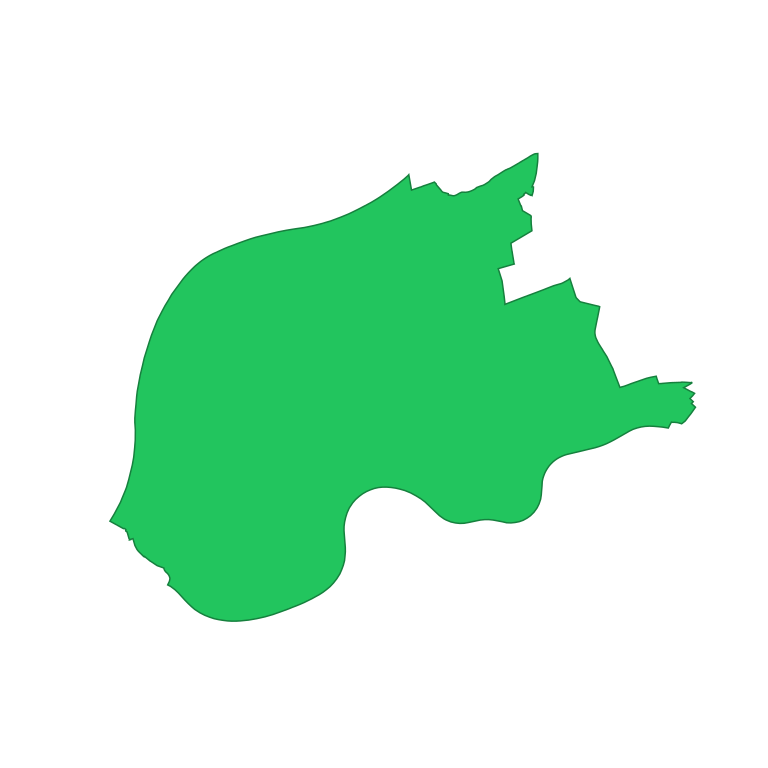 West Maas en Waal, Gelderland, Netherlands (Albers equal-area conic projection), rotated 346°
{"feature_id": "6326949B55972615712171", "entity_name": "West Maas en Waal", "entity_type": "district", "adm_level": 2, "iso_a3": "NLD", "parent_name": "Netherlands", "parent_adm1": "Gelderland", "projection": "albers", "projection_center": [5.532, 51.852], "detail": "fine", "context": "isolated", "style": "filled", "palette": "green", "viewbox_px": 768, "rotation_deg": 346, "n_neighbors": 0, "source": "geoboundaries", "source_scale": "gbopen_adm2", "svg_char_len": 6057}
<svg xmlns="http://www.w3.org/2000/svg" viewBox="0 0 768 768"><g transform="rotate(346 384 384)"><path d="M458.7,186.9L457.7,187.6L452.9,190.1L445.3,193.6L438.7,196.4L434.9,198.0L426.9,201.0L424.7,201.8L421.4,202.9L416.2,204.5L414.4,205.0L408.8,206.4L400.9,208.3L394.9,209.6L391.0,210.4L386.3,211.1L382.9,211.6L373.4,212.7L371.7,212.9L361.2,213.3L354.5,213.3L348.7,213.1L344.4,212.9L336.7,212.1L331.1,211.6L326.1,211.2L318.1,210.8L308.1,210.7L301.0,210.6L295.0,210.6L289.6,210.9L283.0,211.5L276.3,212.2L269.9,213.0L266.0,213.4L262.5,213.9L252.3,215.8L249.5,216.3L246.7,217.0L244.9,217.5L241.7,218.5L238.9,219.5L236.1,220.6L233.3,221.9L229.8,223.6L228.0,224.6L225.1,226.3L221.4,228.6L217.4,231.3L214.4,233.5L199.7,245.7L195.3,250.3L190.6,254.9L186.7,259.2L180.8,265.9L179.2,267.8L170.2,280.4L166.4,286.4L157.7,300.7L154.3,307.4L149.8,316.0L142.9,331.2L141.0,336.2L138.4,343.9L136.4,349.5L134.0,356.8L132.9,361.2L132.8,361.9L131.6,368.5L129.0,378.5L126.7,385.4L123.8,393.5L123.2,395.0L120.2,401.7L113.2,415.0L109.8,420.9L109.3,421.8L107.2,424.8L102.0,431.8L100.0,434.6L99.0,435.8L90.8,444.9L86.2,449.5L84.9,450.8L96.1,461.2L96.2,461.3L97.4,461.5L98.4,462.9L97.8,463.9L98.0,464.4L98.3,464.7L98.8,465.3L99.0,465.6L98.9,465.9L99.0,467.0L99.2,472.7L99.8,473.6L99.7,473.7L100.6,473.7L100.7,473.4L102.2,473.4L103.0,473.3L103.2,478.8L103.2,480.0L103.5,481.6L103.9,483.0L104.1,484.1L104.6,485.5L105.3,487.0L106.8,489.5L109.0,493.1L109.5,493.7L109.9,493.4L114.4,499.4L114.5,499.4L120.1,505.5L120.5,505.7L125.9,509.3L125.8,509.7L125.9,510.8L126.0,511.6L126.6,513.2L126.9,513.7L128.1,515.5L128.5,516.4L128.9,517.4L129.1,518.0L129.3,520.3L129.2,521.1L128.5,522.6L128.0,523.6L125.5,526.6L128.0,528.8L131.4,533.0L134.0,537.1L138.5,545.5L140.9,549.6L143.6,553.8L145.8,556.9L150.0,561.4L154.1,565.0L158.3,568.0L162.4,570.6L166.5,572.6L170.7,574.4L174.8,576.0L179.0,577.3L183.1,578.3L187.3,579.1L195.6,580.3L199.7,580.6L203.9,580.9L212.1,581.1L220.5,580.8L228.8,580.0L237.1,579.1L241.2,578.5L245.4,578.0L249.5,577.4L253.7,576.7L257.8,575.8L262.0,574.9L266.1,573.8L270.3,572.7L274.4,571.3L278.6,569.5L282.7,567.5L286.9,564.8L291.0,561.6L295.2,557.6L297.9,554.1L300.7,550.0L303.0,545.8L304.5,541.6L305.9,537.5L306.9,533.3L309.7,516.7L310.8,512.5L312.4,508.4L314.5,504.2L317.0,500.1L320.3,495.9L324.8,491.8L328.5,489.2L332.7,487.0L336.8,485.3L341.0,484.1L345.1,483.4L349.3,483.0L353.4,483.1L357.6,483.7L361.7,484.7L365.8,486.1L370.0,487.8L374.1,489.9L378.3,492.3L383.4,496.0L388.0,500.2L392.1,504.4L395.4,508.5L403.3,521.0L406.0,525.2L409.6,529.4L411.4,531.0L415.5,534.0L419.7,536.1L423.8,537.6L428.0,538.5L432.1,538.8L444.6,539.3L448.7,539.9L452.9,540.9L457.0,542.4L465.3,546.2L469.4,548.3L473.6,549.5L477.7,550.1L481.9,550.3L486.0,549.9L490.2,548.8L494.3,547.2L498.5,544.7L502.6,541.2L505.4,537.9L508.1,533.7L509.8,529.6L511.2,525.4L512.6,521.3L513.9,517.1L514.7,515.3L515.6,513.6L516.6,512.0L517.7,510.4L518.5,509.3L519.5,508.1L521.0,506.5L522.8,504.8L524.7,503.2L526.8,501.8L529.0,500.5L531.3,499.4L533.6,498.5L535.9,497.8L538.8,497.2L541.3,496.8L544.2,496.6L560.8,496.8L565.0,496.8L573.3,496.9L577.4,496.7L581.6,496.3L585.7,495.7L589.9,494.8L594.0,493.8L610.6,489.1L614.8,488.2L618.9,487.9L623.1,487.9L627.2,488.3L631.4,489.1L635.5,490.3L639.6,491.7L643.8,493.2L649.2,495.5L651.2,493.1L653.7,490.5L654.7,491.0L656.8,491.5L658.1,492.0L659.3,492.4L660.4,493.0L661.7,493.7L663.2,494.6L667.1,492.9L667.4,492.7L668.7,491.7L671.4,489.5L674.2,487.4L676.1,485.8L677.7,484.4L680.6,481.9L677.6,477.3L679.8,476.0L677.3,472.1L680.6,470.1L683.1,468.2L680.7,466.0L679.9,465.5L679.1,464.8L673.9,460.1L681.6,458.0L683.0,457.4L682.9,457.0L682.7,457.1L677.1,455.3L673.3,454.2L673.1,454.2L673.0,454.3L672.8,454.3L663.0,452.2L653.8,450.7L653.4,450.7L650.6,450.1L650.1,444.7L650.0,442.3L644.3,442.0L640.0,442.0L624.1,443.4L620.3,443.9L616.4,444.3L613.9,444.3L612.1,444.4L610.7,433.1L609.9,426.2L609.8,424.6L609.0,421.3L607.4,413.9L606.9,411.5L604.6,404.7L604.2,403.1L603.8,402.1L602.4,397.8L602.2,397.2L601.6,395.0L600.9,391.3L600.7,390.0L600.7,388.6L600.8,387.0L600.9,386.0L601.0,385.4L601.5,383.6L601.9,382.5L606.2,373.4L607.6,370.6L609.9,365.7L611.4,362.5L612.0,361.2L611.1,360.5L607.5,358.7L594.6,351.9L594.4,351.8L594.0,351.4L591.5,347.1L591.2,346.1L589.9,327.1L589.9,326.5L588.2,327.4L587.7,327.6L583.6,328.7L581.6,329.2L580.1,329.4L574.2,329.6L572.3,329.7L565.2,330.6L562.4,331.0L554.1,332.0L539.0,333.7L520.6,336.0L520.9,334.7L521.8,328.0L522.8,318.9L523.5,312.5L523.0,304.3L522.7,299.7L539.4,299.1L539.3,298.2L539.5,296.6L540.1,289.2L540.2,287.9L540.3,287.3L540.4,285.1L541.2,278.1L564.6,271.1L565.3,266.3L565.6,264.2L566.3,261.0L566.6,259.5L567.3,257.4L567.3,257.1L567.3,256.7L567.3,256.4L567.1,256.1L567.0,255.9L560.3,249.3L560.3,244.6L560.2,244.3L559.9,244.2L559.3,240.0L559.0,237.8L558.9,236.9L562.6,235.8L564.5,235.1L565.4,234.6L565.6,234.5L565.4,233.9L565.7,233.6L565.9,233.5L566.0,233.6L566.6,233.3L567.0,233.1L567.8,232.4L569.7,234.4L570.3,235.0L572.0,236.4L572.4,236.1L573.2,237.0L573.8,236.0L575.4,233.2L575.6,232.6L576.7,229.0L576.6,228.9L575.5,228.4L575.4,228.4L579.1,223.3L579.4,222.8L582.7,216.4L583.0,215.6L585.1,210.2L586.8,205.7L587.3,204.1L587.8,202.4L588.5,199.6L589.0,197.6L586.6,197.2L585.8,197.2L585.0,197.3L582.5,197.9L581.0,198.3L578.2,199.3L572.6,200.9L566.1,202.9L559.1,204.9L558.2,205.1L555.7,205.4L555.2,205.6L554.0,205.7L551.6,206.4L545.1,208.6L542.4,209.3L541.2,209.7L537.4,211.4L535.5,212.7L534.3,213.3L529.8,214.8L528.8,215.0L528.0,215.2L527.3,215.2L525.2,215.3L522.1,215.7L521.7,215.7L521.2,215.9L519.4,216.8L518.9,217.0L516.2,217.6L514.8,217.8L513.8,217.9L512.2,218.0L510.2,217.8L509.5,217.7L506.8,216.9L506.2,216.8L505.6,216.7L503.4,217.1L500.4,218.0L498.5,218.3L498.0,218.3L497.0,218.2L496.4,218.0L494.2,216.9L493.0,216.4L492.2,216.3L492.4,214.9L492.2,214.8L490.5,213.8L487.6,212.2L487.2,211.9L487.0,211.5L486.4,210.4L486.1,209.5L483.5,204.4L483.0,203.4L483.1,202.6L482.0,200.7L481.9,200.7L481.6,200.2L480.9,200.4L473.4,201.1L470.4,201.3L467.0,201.8L466.8,201.7L457.6,202.5L458.7,186.9Z" fill="#22c55e" stroke="#15803d" stroke-width="1.5"/></g></svg>